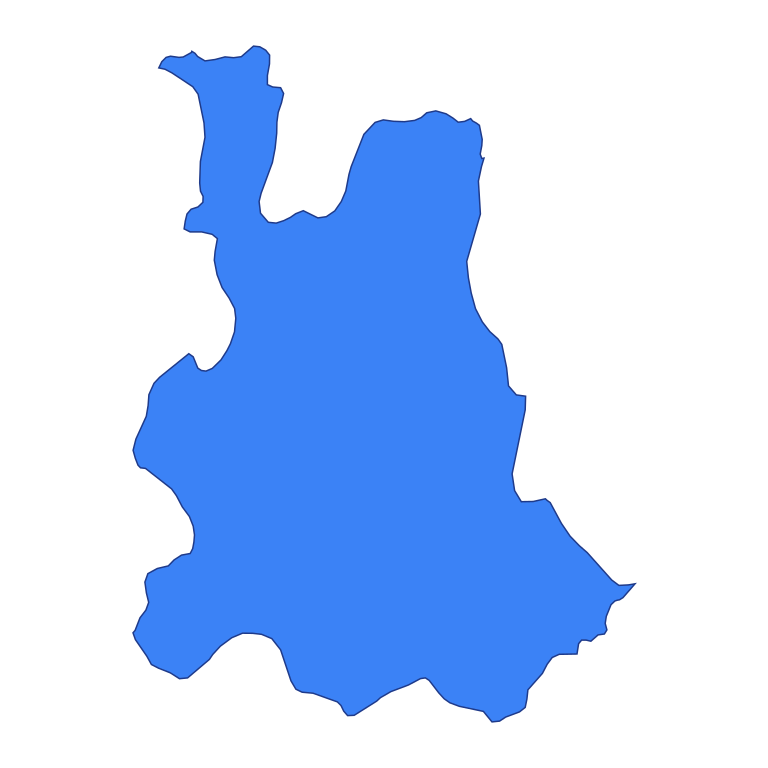 map outline of Houet (Natural Earth projection)
{"feature_id": "BFA-2799", "entity_name": "Houet", "entity_type": "Province", "adm_level": 1, "iso_a3": "BFA", "parent_name": "Burkina Faso", "parent_adm1": "", "projection": "natural_earth1", "projection_center": [-4.316, 11.385], "detail": "fine", "context": "isolated", "style": "filled", "palette": "blue", "viewbox_px": 768, "rotation_deg": 0, "n_neighbors": 0, "source": "natural_earth", "source_scale": "10m", "svg_char_len": 2898}
<svg xmlns="http://www.w3.org/2000/svg" viewBox="0 0 768 768"><path d="M179.0,57.4L183.2,57.0L191.4,52.5L191.8,51.3L195.0,53.3L197.6,56.5L205.0,60.9L215.1,59.5L225.0,56.9L233.6,57.7L241.3,56.7L253.5,46.1L259.8,46.8L265.7,50.2L269.6,55.1L269.5,63.9L267.4,75.5L267.4,84.6L272.7,87.0L280.6,87.7L283.6,93.5L281.5,102.7L278.2,112.4L276.9,122.2L276.7,133.2L275.1,148.4L272.4,162.5L261.1,193.3L259.1,201.5L260.5,213.2L268.3,222.3L276.2,223.1L283.6,220.7L290.4,217.4L295.7,213.7L303.3,210.7L317.9,217.9L326.3,216.7L334.8,210.9L341.3,201.5L345.8,191.0L349.0,174.3L351.2,166.6L363.9,134.3L375.1,122.4L383.3,119.9L393.5,121.3L404.4,121.7L414.7,120.4L421.2,117.6L426.7,112.8L435.8,110.9L446.1,113.8L453.0,118.1L458.2,122.2L464.6,121.4L470.7,118.6L472.6,121.0L476.4,123.1L479.4,125.3L482.2,139.4L481.8,145.6L480.2,154.1L481.8,158.5L484.0,158.1L481.5,166.5L478.4,181.1L480.4,214.0L466.7,261.4L468.4,277.8L471.2,293.0L475.5,308.7L482.3,321.9L489.8,331.6L498.0,339.0L501.8,344.4L506.6,367.7L508.5,385.9L516.3,394.9L525.6,396.2L525.2,409.9L512.1,473.9L514.6,490.6L521.3,501.7L533.2,501.5L545.4,498.8L547.1,500.4L550.2,502.6L561.4,523.4L570.1,536.2L579.2,545.6L587.3,552.7L611.7,580.0L618.9,585.4L628.5,584.9L635.0,583.8L623.0,597.6L619.5,599.8L617.3,600.2L614.9,601.0L611.0,604.7L606.3,616.3L605.2,623.4L606.9,629.9L604.4,634.0L598.1,634.9L590.9,641.2L586.1,640.1L581.6,640.1L578.6,643.7L577.0,654.0L559.2,654.3L552.2,657.5L547.2,664.2L542.4,673.4L527.9,689.8L526.9,699.1L525.2,707.4L519.5,711.9L505.6,717.1L499.6,721.1L492.0,721.9L483.4,711.4L459.3,706.3L449.9,702.8L444.2,698.8L438.8,692.9L429.2,680.4L425.4,677.9L420.5,678.6L408.4,685.0L390.9,691.6L380.5,697.6L376.7,701.1L354.2,715.3L347.6,715.6L343.7,711.1L341.0,705.5L337.4,701.9L313.0,693.2L302.1,692.2L295.9,689.2L291.0,680.9L280.6,649.8L271.8,638.6L261.5,634.3L252.5,633.3L242.5,633.2L231.8,637.7L220.3,646.2L212.7,654.5L209.4,659.4L187.6,677.9L179.5,678.7L170.2,672.8L158.8,668.3L151.4,664.5L146.9,656.3L135.4,639.6L133.0,632.8L135.1,630.4L140.0,617.8L145.9,610.1L148.7,602.4L146.4,592.9L144.9,582.1L147.9,573.6L157.3,568.5L168.3,565.9L174.1,559.9L181.5,555.1L190.2,553.5L192.7,548.6L193.9,542.1L194.5,535.0L193.2,526.1L189.4,516.5L182.3,506.9L176.5,495.8L171.6,488.9L145.5,468.4L140.5,467.8L138.0,465.2L135.3,458.2L133.1,450.3L135.9,439.1L146.3,416.3L148.1,405.6L148.9,394.7L154.0,383.3L159.6,377.3L188.8,353.7L193.2,356.8L197.8,368.1L201.4,370.5L206.0,371.1L212.3,368.4L221.0,359.9L226.9,350.7L230.4,343.8L234.5,331.9L235.8,318.3L234.6,308.5L229.1,298.0L222.1,287.6L217.1,274.7L214.3,260.2L215.1,251.5L217.4,238.6L212.1,234.3L201.6,231.9L190.1,231.9L184.1,228.9L185.3,221.0L187.0,214.0L191.1,209.2L197.9,207.0L202.9,202.3L203.1,196.4L200.5,191.2L199.7,183.0L200.4,161.5L205.0,137.3L204.0,122.9L198.1,94.2L192.8,86.7L171.8,72.8L164.9,69.2L158.8,67.9L161.8,61.7L166.1,57.4L170.5,56.2L179.0,57.4Z" fill="#3b82f6" stroke="#1e3a8a" stroke-width="1.5"/></svg>